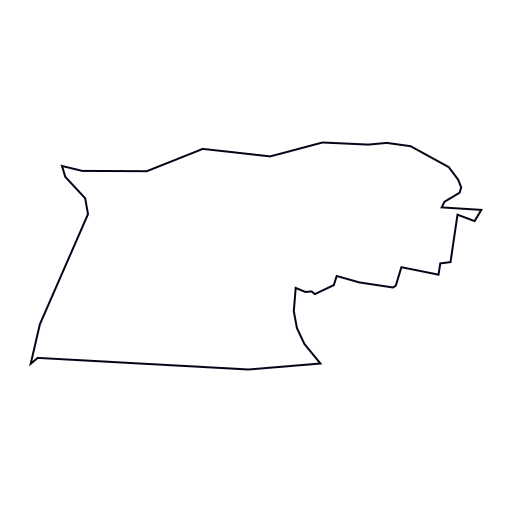 outline of Palmerstown-Fonthill Lea-5, South Dublin, Ireland
{"feature_id": "5873133B26300601338838", "entity_name": "Palmerstown-Fonthill Lea-5", "entity_type": "district", "adm_level": 2, "iso_a3": "IRL", "parent_name": "Ireland", "parent_adm1": "South Dublin", "projection": "robinson", "projection_center": [-6.384, 53.348], "detail": "fine", "context": "isolated", "style": "outline", "palette": "ink", "viewbox_px": 512, "rotation_deg": 0, "n_neighbors": 0, "source": "geoboundaries", "source_scale": "gbopen_adm2", "svg_char_len": 635}
<svg xmlns="http://www.w3.org/2000/svg" viewBox="0 0 512 512"><path d="M481.3,209.9L441.7,207.4L444.4,201.8L459.6,192.7L461.2,187.4L458.2,179.7L448.7,167.1L410.6,146.2L386.8,142.9L368.3,144.6L322.5,142.5L270.1,156.4L202.7,148.9L146.8,171.2L82.2,170.9L62.0,166.0L65.3,176.9L85.2,198.3L88.0,214.2L39.9,324.2L30.7,363.8L37.7,357.9L248.4,369.5L320.4,363.5L304.4,344.0L296.9,328.0L293.8,311.2L295.7,287.9L305.4,292.0L311.5,291.4L314.9,294.1L333.8,285.1L336.7,276.0L359.2,282.4L393.0,287.5L395.8,285.6L401.4,267.2L438.5,274.7L440.3,263.4L450.5,262.1L457.5,214.7L474.6,221.1L481.3,209.9Z" fill="none" stroke="#020617" stroke-width="2"/></svg>